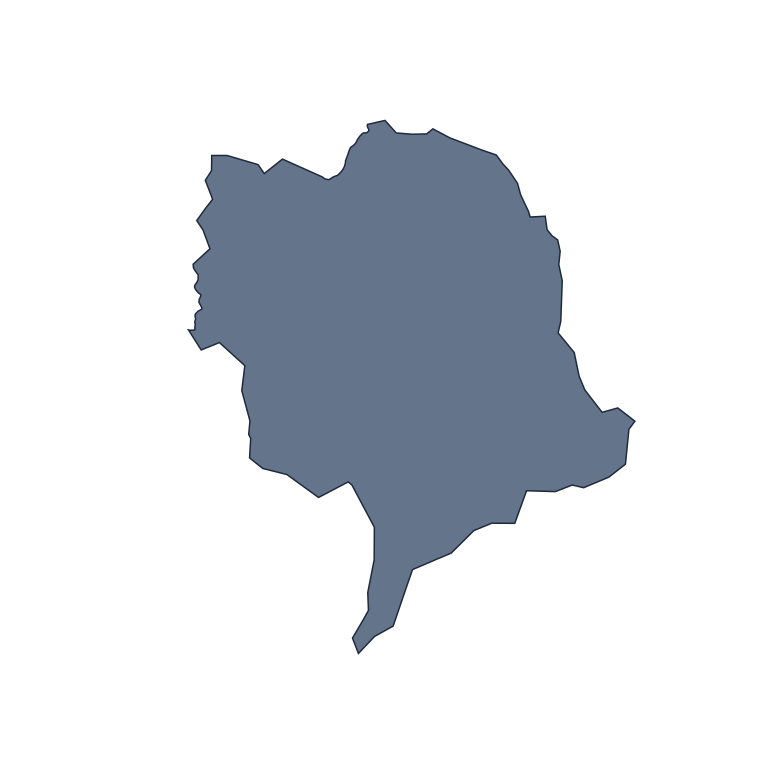 outline of Galuut, Bayanhongor, Mongolia, rotated 295°
{"feature_id": "93677404B91735821801074", "entity_name": "Galuut", "entity_type": "district", "adm_level": 2, "iso_a3": "MNG", "parent_name": "Mongolia", "parent_adm1": "Bayanhongor", "projection": "mercator", "projection_center": [100.179, 46.747], "detail": "fine", "context": "isolated", "style": "filled", "palette": "slate", "viewbox_px": 768, "rotation_deg": 295, "n_neighbors": 0, "source": "geoboundaries", "source_scale": "gbopen_adm2", "svg_char_len": 2163}
<svg xmlns="http://www.w3.org/2000/svg" viewBox="0 0 768 768"><g transform="rotate(295 384 384)"><path d="M588.0,480.5L589.3,473.7L592.8,466.6L604.2,459.2L597.1,445.9L601.5,442.0L613.2,427.9L622.2,420.3L630.5,406.6L633.7,398.7L639.0,389.0L637.4,374.1L634.9,339.6L635.9,320.5L628.7,317.0L622.3,304.0L616.7,289.0L623.3,273.5L612.3,259.3L610.6,259.9L609.4,261.1L608.2,262.7L607.1,263.1L606.2,263.0L604.5,262.2L603.9,261.4L603.1,259.6L601.8,258.5L600.2,258.0L598.2,257.3L596.8,257.1L594.7,256.7L593.6,256.6L592.6,256.7L590.4,256.5L589.1,256.2L587.2,255.4L584.8,254.1L583.7,253.7L582.3,253.7L579.6,253.9L576.8,254.3L572.4,254.6L570.0,254.8L568.6,255.4L566.6,255.9L564.4,256.2L561.3,256.1L559.1,255.7L556.8,255.0L554.8,254.3L553.4,253.7L551.7,251.9L550.4,250.6L546.1,247.9L545.6,246.7L544.9,243.6L545.6,240.7L544.9,196.9L524.1,186.5L529.6,177.2L524.8,145.3L518.3,131.3L504.5,137.5L493.1,136.0L479.0,150.6L467.7,148.0L453.0,145.2L447.0,155.0L433.0,169.1L411.9,160.4L408.8,162.2L407.4,164.0L406.4,165.8L405.4,167.6L404.4,169.4L403.6,169.8L401.6,170.6L400.4,171.4L398.3,171.5L396.7,171.4L395.5,171.1L393.3,170.8L391.5,171.5L390.0,173.4L388.9,175.5L388.1,177.4L387.7,179.6L387.2,180.5L386.5,180.7L384.3,180.8L382.4,180.8L381.2,181.3L380.1,181.5L375.9,186.9L375.3,187.2L374.3,186.8L372.8,185.8L371.6,184.9L370.9,184.5L369.8,184.2L368.7,183.8L367.5,183.5L366.4,183.7L365.3,184.3L363.9,185.5L362.6,185.9L361.1,186.1L360.1,186.3L358.9,187.3L356.6,188.3L355.1,188.7L353.7,189.5L353.1,189.6L352.3,188.6L351.7,187.5L350.8,185.6L350.4,183.9L337.6,203.9L352.0,217.3L341.8,250.1L317.9,257.9L293.9,278.1L281.1,282.7L278.3,286.2L260.2,293.4L256.2,309.9L260.9,334.3L253.5,372.6L280.1,392.9L278.9,397.6L250.1,435.8L220.5,449.4L188.2,457.4L172.2,465.6L161.1,464.8L140.4,462.8L129.0,474.7L151.2,482.1L168.5,494.6L206.3,490.5L227.9,488.3L245.8,504.3L259.2,516.4L289.2,527.4L303.4,540.5L313.0,561.4L347.5,558.3L358.9,584.8L372.0,597.3L374.4,608.8L394.7,627.2L413.4,636.7L446.5,625.1L456.3,627.1L461.1,606.0L450.5,593.6L463.5,568.5L473.7,557.4L492.9,543.1L503.9,520.2L515.6,517.7L552.9,501.9L566.2,491.9L578.7,487.6L588.0,480.5Z" fill="#64748b" stroke="#1e293b" stroke-width="1.5"/></g></svg>